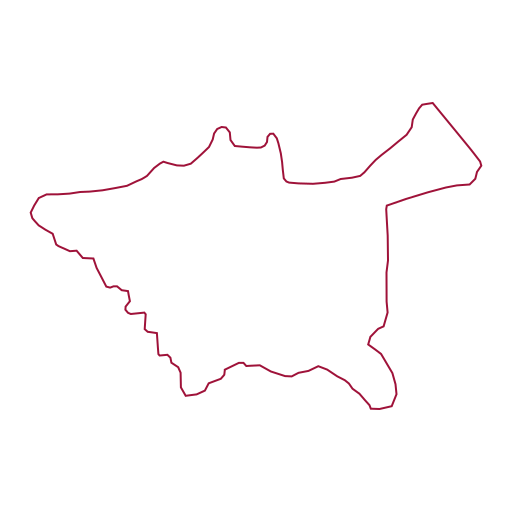 Kananga, Kasaï-Occidental, Democratic Republic of the Congo (Albers equal-area conic projection)
{"feature_id": "63176286B7058717383424", "entity_name": "Kananga", "entity_type": "district", "adm_level": 2, "iso_a3": "COD", "parent_name": "Democratic Republic of the Congo", "parent_adm1": "Kasaï-Occidental", "projection": "albers", "projection_center": [22.453, -5.896], "detail": "fine", "context": "isolated", "style": "outline", "palette": "rose", "viewbox_px": 512, "rotation_deg": 0, "n_neighbors": 0, "source": "geoboundaries", "source_scale": "gbopen_adm2", "svg_char_len": 2464}
<svg xmlns="http://www.w3.org/2000/svg" viewBox="0 0 512 512"><path d="M30.7,212.6L31.8,216.4L32.4,218.3L34.8,221.1L38.7,225.4L41.4,227.1L45.4,229.7L52.7,233.8L56.2,244.5L57.8,245.6L58.3,246.0L62.5,247.9L63.5,248.3L69.9,251.2L76.6,250.7L82.8,258.0L85.0,258.1L93.4,258.5L96.6,267.9L101.4,277.1L106.3,286.6L110.1,287.6L111.0,287.3L113.6,286.3L115.3,286.3L117.0,286.3L121.7,290.2L128.0,291.1L128.7,295.1L129.9,301.2L125.6,306.6L125.6,306.9L125.4,309.7L128.0,312.8L130.8,314.0L142.5,312.8L144.3,312.6L145.7,314.3L144.7,329.1L147.7,331.8L151.4,332.3L156.9,333.1L157.9,347.6L158.4,354.1L159.6,355.5L162.1,355.3L167.4,354.8L169.8,357.1L170.4,357.7L171.4,362.7L178.2,367.2L179.0,369.1L180.6,372.7L180.9,387.4L185.7,395.8L193.3,394.8L196.6,394.4L204.9,390.6L208.7,383.3L215.4,380.8L220.8,378.8L223.6,375.6L224.3,374.7L224.8,370.2L224.8,369.7L231.8,366.3L238.8,362.9L241.2,362.9L243.5,362.9L243.6,363.0L246.3,366.0L251.5,365.7L259.8,365.3L270.9,371.5L285.1,376.1L291.7,376.4L297.4,373.4L298.6,372.8L308.5,370.9L318.3,366.2L327.2,369.6L337.2,376.3L344.8,380.2L348.9,383.5L352.5,388.7L359.5,393.8L364.9,400.1L369.5,405.2L370.8,408.7L379.5,409.0L391.7,406.2L396.5,394.2L395.5,384.2L392.4,373.1L381.1,354.0L375.2,349.5L368.2,344.5L370.4,336.8L371.4,335.8L376.9,330.1L378.2,328.8L382.4,326.9L383.6,326.4L387.6,312.5L386.6,301.6L386.5,272.4L388.0,260.5L387.7,235.7L387.1,225.3L386.2,209.2L386.8,205.6L405.9,199.0L427.9,192.3L445.9,187.5L456.9,185.4L469.6,184.5L475.3,178.8L476.2,175.2L477.0,171.9L481.3,165.7L480.1,161.5L473.8,153.3L469.7,148.1L457.5,133.2L432.7,103.0L426.9,103.9L422.2,104.7L419.1,108.3L416.2,113.2L412.8,119.5L411.7,127.2L406.6,134.8L398.2,141.6L390.4,148.1L381.5,155.0L375.7,159.9L370.2,165.7L364.5,172.2L360.2,175.9L352.0,177.7L340.7,179.0L334.3,181.6L325.0,182.8L313.0,183.8L298.7,183.4L289.1,182.6L286.4,181.5L283.8,178.4L282.8,169.8L282.4,165.5L282.1,162.1L280.8,153.3L278.4,143.3L276.8,138.3L273.3,133.7L270.1,133.8L267.5,136.9L267.0,142.0L264.7,145.6L260.9,147.5L256.8,147.7L249.8,147.3L242.5,146.7L234.8,146.0L230.5,140.0L229.8,132.4L225.9,127.5L221.6,127.0L217.2,129.0L214.1,133.5L212.7,139.5L209.0,147.0L203.8,152.0L201.7,154.0L196.9,158.4L190.8,163.7L183.9,165.7L176.9,165.4L167.5,163.0L163.4,161.7L159.9,163.6L154.1,168.0L147.0,175.9L144.6,177.4L141.7,179.1L136.5,181.3L127.0,185.8L115.0,188.1L102.5,190.3L89.7,191.6L80.1,192.0L69.6,193.6L58.2,194.3L46.6,194.4L38.8,198.0L34.2,205.5L30.7,212.6Z" fill="none" stroke="#9f1239" stroke-width="2"/></svg>